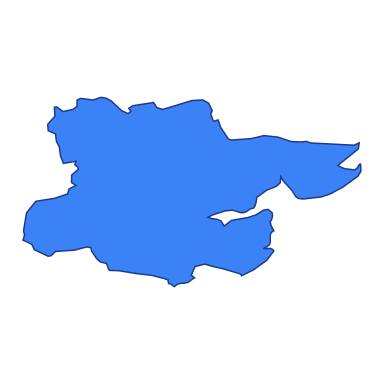 an SVG outline of Essex
{"feature_id": "GBR-2317", "entity_name": "Essex", "entity_type": "Administrative County", "adm_level": 1, "iso_a3": "GBR", "parent_name": "United Kingdom", "parent_adm1": "", "projection": "robinson", "projection_center": [0.635, 51.797], "detail": "fine", "context": "isolated", "style": "filled", "palette": "blue", "viewbox_px": 384, "rotation_deg": 0, "n_neighbors": 0, "source": "natural_earth", "source_scale": "10m", "svg_char_len": 2135}
<svg xmlns="http://www.w3.org/2000/svg" viewBox="0 0 384 384"><path d="M306.4,141.4L310.9,143.0L354.1,145.2L359.2,142.8L358.3,148.9L337.9,165.4L341.2,167.4L345.3,168.8L354.8,169.9L357.4,167.8L359.4,164.4L360.5,164.1L361.0,171.0L357.9,176.2L343.1,187.0L329.8,194.1L321.4,196.9L303.2,199.0L298.3,198.4L295.9,196.8L291.7,190.1L283.3,181.0L280.9,176.6L280.2,182.8L276.3,186.4L266.8,190.1L258.8,196.0L256.9,196.8L256.7,198.6L256.0,202.5L254.8,206.4L253.4,208.2L250.4,208.8L246.2,211.7L243.6,212.7L240.4,212.6L234.7,210.7L232.2,210.2L225.7,210.8L213.7,214.5L207.9,217.2L212.0,218.7L216.7,219.2L221.1,221.0L224.1,226.1L231.5,220.4L248.1,217.5L256.0,214.9L263.5,210.1L268.1,209.4L272.1,212.7L272.6,215.4L271.9,218.7L270.8,221.1L270.2,221.6L270.7,224.3L271.7,226.8L273.8,230.8L271.2,232.6L270.2,235.4L270.2,243.0L269.4,244.8L267.3,246.4L263.3,248.7L270.3,248.4L272.8,249.5L273.8,251.0L266.7,260.4L253.4,269.9L241.7,275.7L241.6,275.4L239.7,273.7L222.4,268.6L213.5,266.6L204.6,264.1L195.0,266.6L191.3,275.3L194.0,277.3L194.5,277.8L193.8,277.9L193.4,278.4L188.4,282.2L184.6,283.2L181.1,283.3L177.7,284.0L174.2,286.7L170.0,283.5L168.6,283.6L167.9,279.8L163.5,278.3L151.4,275.3L137.3,273.7L118.8,270.7L109.5,270.4L108.5,269.0L106.5,263.5L100.3,261.9L96.7,258.7L91.6,251.0L90.8,247.6L86.5,247.0L74.4,250.2L64.9,250.8L55.5,251.5L51.2,255.7L48.1,256.2L34.3,249.7L33.5,247.9L31.9,244.5L26.4,241.6L25.7,241.3L23.0,240.2L24.6,234.9L23.5,231.2L26.5,212.9L35.8,201.3L54.7,198.3L67.6,194.0L69.0,189.0L76.0,185.4L71.5,182.6L71.7,175.0L78.3,169.3L77.8,167.1L74.8,164.8L76.0,161.3L63.4,163.4L60.5,155.9L59.4,147.3L56.4,141.2L55.5,133.9L48.2,130.7L47.7,124.4L54.9,116.2L54.4,107.2L56.8,106.9L62.9,111.5L72.7,109.5L77.0,106.5L77.1,100.1L80.5,98.4L93.2,100.0L101.2,97.3L106.4,98.3L111.2,100.9L121.6,110.7L128.2,113.6L130.9,111.2L128.7,108.3L132.9,105.7L153.6,102.5L156.8,107.6L162.9,109.4L191.7,100.6L202.7,99.9L208.6,103.1L212.2,110.8L210.7,114.0L213.1,120.4L213.9,121.3L218.1,119.9L220.7,127.5L228.4,139.0L231.1,140.1L251.3,138.6L263.9,135.6L277.8,137.1L291.1,141.5L301.1,142.0L306.4,141.4L306.4,141.4Z" fill="#3b82f6" stroke="#1e3a8a" stroke-width="1.5"/></svg>